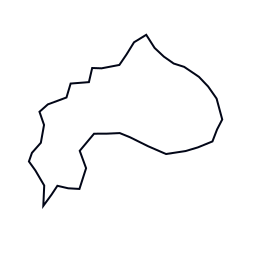 Pano Deftera, Nicosia, Cyprus, rotated 103°
{"feature_id": "46923920B2201845302694", "entity_name": "Pano Deftera", "entity_type": "district", "adm_level": 2, "iso_a3": "CYP", "parent_name": "Cyprus", "parent_adm1": "Nicosia", "projection": "natural_earth1", "projection_center": [33.266, 35.092], "detail": "fine", "context": "isolated", "style": "outline", "palette": "ink", "viewbox_px": 256, "rotation_deg": 103, "n_neighbors": 0, "source": "geoboundaries", "source_scale": "gbopen_adm2", "svg_char_len": 654}
<svg xmlns="http://www.w3.org/2000/svg" viewBox="0 0 256 256"><g transform="rotate(103 128 128)"><path d="M33.1,131.2L43.1,141.4L56.7,146.0L68.5,150.6L75.8,167.2L77.6,176.4L92.1,176.4L97.6,193.9L112.1,194.8L123.0,211.4L132.1,217.9L143.9,210.5L162.0,209.6L173.8,216.0L182.9,217.0L190.2,208.7L202.9,196.7L222.9,193.0L210.1,187.5L200.2,183.8L200.2,172.7L198.3,161.6L176.6,159.8L161.1,169.9L141.2,159.8L138.4,147.8L134.8,134.9L136.6,123.8L141.2,104.5L144.8,85.1L137.5,66.7L131.2,55.6L122.1,42.7L109.4,40.9L98.5,38.1L79.4,48.3L69.5,59.3L62.2,70.4L55.8,87.0L54.9,98.0L50.4,109.1L44.0,120.1L33.1,131.2Z" fill="none" stroke="#020617" stroke-width="2"/></g></svg>